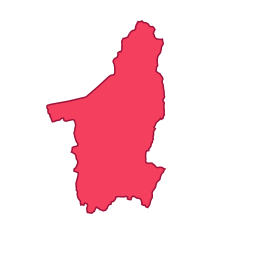 the district of Santo Antônio de Pádua, Rio de Janeiro, Brazil, rotated 317°
{"feature_id": "56859067B31690951334962", "entity_name": "Santo Antônio de Pádua", "entity_type": "district", "adm_level": 2, "iso_a3": "BRA", "parent_name": "Brazil", "parent_adm1": "Rio de Janeiro", "projection": "albers", "projection_center": [-42.192, -21.571], "detail": "fine", "context": "isolated", "style": "filled", "palette": "rose", "viewbox_px": 256, "rotation_deg": 317, "n_neighbors": 0, "source": "geoboundaries", "source_scale": "gbopen_adm2", "svg_char_len": 3417}
<svg xmlns="http://www.w3.org/2000/svg" viewBox="0 0 256 256"><g transform="rotate(317 128 128)"><path d="M52.2,133.0L50.4,135.3L48.9,137.2L47.9,138.1L47.7,139.9L46.6,141.0L45.5,142.0L44.1,144.2L43.5,146.1L43.3,148.9L42.0,150.5L41.0,152.1L42.3,153.0L43.1,154.3L45.0,153.4L46.4,155.5L45.3,157.5L43.3,158.4L42.1,159.9L40.7,162.0L43.4,165.6L45.2,165.7L46.6,166.0L48.6,165.0L50.8,164.3L51.6,166.6L51.8,168.5L52.7,169.8L53.3,171.6L55.4,172.8L57.8,172.6L59.7,171.6L61.6,171.1L63.7,172.1L65.2,170.7L67.4,171.8L69.2,171.6L70.8,171.2L72.2,170.2L73.4,171.1L74.9,172.3L76.3,173.9L78.3,175.8L80.0,176.7L80.7,178.1L79.2,179.5L80.1,181.2L81.3,182.4L83.4,181.2L85.1,181.2L86.1,183.0L86.6,185.1L88.0,186.9L88.8,188.8L87.5,191.6L86.0,193.3L86.6,195.0L87.7,196.2L87.4,197.9L88.2,199.6L89.9,199.2L91.7,198.7L93.9,197.3L95.2,196.5L96.6,195.8L97.9,195.6L99.1,194.6L100.3,193.4L101.0,192.1L102.8,191.1L104.8,190.7L106.4,190.4L108.0,189.9L109.5,188.8L110.9,187.9L112.7,187.3L114.7,187.4L116.3,187.3L118.0,186.1L120.0,185.0L121.9,184.4L124.1,184.3L125.5,183.3L127.1,183.2L126.3,181.6L125.9,179.9L124.9,178.8L123.6,177.7L122.2,176.8L121.8,175.2L122.1,173.5L121.7,171.9L121.6,170.1L120.6,169.1L119.1,168.0L117.6,166.0L118.4,164.1L120.0,162.7L121.8,160.4L123.4,159.0L124.6,157.9L126.2,157.5L127.8,158.7L129.0,157.5L130.7,157.3L132.7,156.7L134.2,155.4L135.9,155.1L137.4,153.9L138.9,153.4L139.8,151.9L142.1,150.4L143.6,148.6L145.4,147.6L147.5,147.2L147.4,145.4L148.9,144.8L151.3,143.7L153.3,143.2L155.0,143.4L157.0,143.4L158.3,143.0L158.3,144.5L160.6,144.7L162.0,143.6L163.6,143.1L164.6,141.7L166.0,140.3L167.2,138.9L168.3,137.4L169.7,135.9L171.8,134.2L172.0,131.9L173.9,130.9L175.8,130.3L177.1,128.3L178.6,126.7L179.8,125.0L181.0,123.1L182.5,121.3L183.5,119.5L184.3,117.6L185.4,116.7L186.9,116.0L187.7,114.3L187.9,112.3L188.3,110.2L187.8,108.6L187.4,107.1L187.4,105.3L189.1,104.1L190.6,102.8L192.1,102.7L193.0,101.6L194.3,99.6L196.2,97.8L197.9,96.3L200.0,95.6L203.0,95.0L204.8,93.9L206.4,92.7L208.2,91.3L210.3,90.9L211.6,90.0L212.3,88.4L213.8,86.5L212.5,85.7L211.2,84.3L209.9,82.7L209.3,80.9L209.7,79.2L210.5,77.9L210.8,76.3L212.6,75.2L214.9,74.3L215.3,72.0L215.1,70.5L213.6,69.3L213.3,67.8L213.7,65.9L213.0,63.5L211.3,61.5L211.2,59.2L209.1,58.5L207.9,57.0L206.3,57.6L204.5,58.2L202.8,59.1L201.3,60.5L199.1,60.8L197.9,59.9L195.8,59.6L193.6,60.0L191.3,60.7L190.0,61.4L188.6,60.8L186.9,60.2L185.5,59.2L184.2,59.7L182.6,60.3L181.4,61.8L180.2,63.3L178.7,64.5L177.6,66.0L176.1,66.8L175.0,67.5L173.7,66.3L171.7,66.2L170.7,67.5L169.4,68.5L167.5,68.8L165.8,68.2L164.4,68.3L162.7,68.9L161.9,70.4L161.4,72.1L160.4,73.6L159.3,75.0L157.3,77.4L155.7,78.8L154.4,79.4L153.0,78.9L151.4,77.8L149.5,77.4L133.6,77.3L121.0,76.8L118.4,76.7L104.5,68.8L102.1,67.4L88.0,58.3L84.3,56.4L83.1,57.3L82.2,58.5L82.1,60.1L80.8,61.2L79.7,63.0L80.2,65.1L79.0,66.0L78.6,67.8L77.8,69.6L76.9,71.9L78.8,73.1L80.1,73.5L81.7,74.4L83.6,75.6L85.9,75.7L87.5,76.8L86.3,79.0L87.4,80.8L89.2,81.8L93.2,84.0L94.0,85.7L93.3,87.4L92.5,89.0L91.3,90.6L89.1,92.0L87.3,93.6L85.1,94.8L84.1,96.6L83.1,98.2L82.1,100.3L80.9,103.0L80.7,105.0L79.5,106.4L77.8,106.2L75.8,104.9L74.0,104.3L72.8,105.3L71.7,106.3L70.2,106.9L71.4,110.4L71.2,112.5L69.9,114.2L69.1,115.5L68.9,117.0L68.3,118.4L66.7,119.8L65.0,120.5L62.8,121.4L60.5,121.3L59.1,122.6L60.1,124.6L61.1,126.7L60.0,128.0L58.9,128.8L57.6,129.7L56.3,130.4L55.0,131.3L53.9,132.0L52.2,133.0Z" fill="#f43f5e" stroke="#9f1239" stroke-width="1.5"/></g></svg>